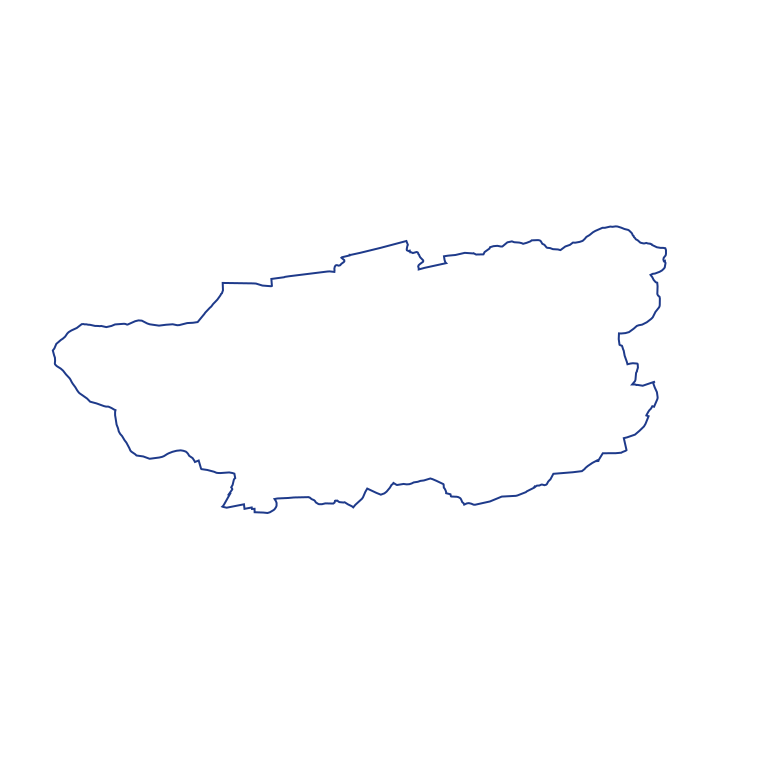 Jucu, Cluj, Romania (Robinson projection), rotated 343°
{"feature_id": "2599482B94337896165736", "entity_name": "Jucu", "entity_type": "district", "adm_level": 2, "iso_a3": "ROU", "parent_name": "Romania", "parent_adm1": "Cluj", "projection": "robinson", "projection_center": [23.807, 46.849], "detail": "fine", "context": "isolated", "style": "outline", "palette": "blue", "viewbox_px": 768, "rotation_deg": 343, "n_neighbors": 0, "source": "geoboundaries", "source_scale": "gbopen_adm2", "svg_char_len": 6127}
<svg xmlns="http://www.w3.org/2000/svg" viewBox="0 0 768 768"><g transform="rotate(343 384 384)"><path d="M692.7,336.4L690.7,335.4L688.1,334.6L684.9,333.0L680.9,329.3L680.8,328.6L679.6,327.9L679.5,327.6L677.5,326.8L676.1,325.8L674.2,325.7L673.2,325.4L670.5,323.8L668.6,320.7L667.1,319.2L666.8,318.0L666.0,316.6L666.0,315.4L665.4,314.7L665.2,312.8L665.0,312.0L663.3,308.9L662.5,308.0L659.3,306.1L656.6,303.9L653.4,301.7L651.7,301.0L648.5,300.5L646.4,299.6L640.8,299.2L638.5,298.5L630.8,299.4L628.2,300.0L624.0,301.7L620.6,302.5L618.3,304.0L615.8,305.2L612.7,305.3L608.3,304.8L606.0,304.0L602.5,305.3L597.6,305.5L592.3,307.4L591.8,307.5L589.7,306.2L584.9,304.4L582.6,302.6L580.0,301.5L579.4,301.0L578.1,297.8L576.4,296.2L575.7,293.3L575.2,292.5L574.2,291.8L573.3,291.4L567.2,289.8L565.7,290.4L561.6,290.7L558.0,290.6L556.9,289.6L554.7,288.3L550.0,286.5L548.0,285.0L543.4,284.6L537.4,287.1L536.0,286.7L532.8,285.0L529.0,284.2L525.4,284.2L524.5,285.3L518.8,287.2L517.0,289.1L509.9,287.1L507.8,285.1L507.4,285.2L499.6,282.2L490.0,281.5L482.8,280.0L478.7,279.4L478.2,282.8L478.2,284.8L478.3,285.6L478.8,286.6L456.9,284.8L450.7,284.6L451.0,283.7L451.1,281.5L451.4,281.1L451.9,280.5L453.4,279.8L457.1,278.5L457.5,277.9L457.6,277.2L455.7,273.5L455.4,272.2L455.3,270.6L454.9,270.0L454.9,268.7L454.6,267.9L453.7,267.3L449.9,267.2L448.4,265.9L447.6,265.7L447.6,264.0L446.5,264.2L445.0,262.8L445.1,261.8L446.7,258.8L447.5,257.9L447.2,253.8L420.6,252.8L399.5,251.6L389.9,250.8L388.9,250.4L388.7,251.0L380.8,250.5L380.2,250.8L382.2,253.9L382.0,255.0L381.3,255.6L378.4,256.6L376.8,257.6L375.3,257.6L373.8,256.6L373.0,256.4L372.2,256.6L371.2,257.5L370.2,259.3L370.0,260.6L369.3,262.3L364.9,260.4L362.8,259.9L324.7,253.2L320.7,252.6L319.7,252.7L307.0,250.6L305.5,257.4L304.6,257.5L296.5,254.3L290.9,250.5L287.9,249.4L259.3,240.2L257.4,247.3L255.5,249.9L254.6,250.2L253.5,251.4L249.3,254.6L243.9,257.6L241.5,259.4L239.7,260.2L233.9,263.5L232.8,264.4L223.9,270.3L219.3,269.6L213.6,268.2L205.3,267.8L203.4,267.3L199.4,265.1L192.8,263.6L185.9,262.4L177.4,258.4L175.3,256.9L170.9,252.6L167.8,251.4L164.4,251.2L156.2,252.2L155.4,251.9L154.3,251.0L153.0,250.4L144.2,248.4L140.3,248.8L135.1,248.4L130.5,245.8L129.1,245.6L127.8,245.0L124.7,244.0L120.1,241.4L118.4,240.8L116.8,239.9L115.3,239.5L114.1,238.8L112.4,238.4L106.6,240.6L100.7,241.4L97.6,242.2L95.9,243.1L92.9,245.5L90.0,246.8L87.9,247.4L82.4,249.8L79.1,253.7L77.1,255.1L76.9,260.1L77.0,262.6L76.3,265.5L75.2,268.2L75.2,269.1L76.2,271.1L79.4,274.8L81.0,277.4L82.7,281.9L85.0,286.6L85.4,287.9L85.9,290.8L86.4,292.7L87.9,296.9L88.7,300.3L89.5,302.6L90.1,303.8L95.8,311.1L97.8,315.0L103.4,318.5L109.8,323.3L111.5,324.3L113.9,325.1L116.4,327.3L118.4,329.5L119.6,330.5L118.7,332.0L117.7,335.3L117.3,338.4L116.4,344.6L116.7,348.7L116.5,351.8L117.1,354.6L118.3,357.2L119.5,362.1L120.5,364.7L121.7,370.8L122.0,373.5L122.6,374.8L125.5,378.4L126.4,380.0L132.6,382.9L137.9,386.9L138.7,387.1L147.6,388.6L150.6,388.8L152.6,388.6L156.2,387.6L157.9,387.3L161.9,387.0L166.2,387.2L170.2,388.0L172.6,389.2L174.7,390.7L175.6,392.1L176.2,393.5L176.7,395.7L179.3,398.9L180.2,402.0L180.4,403.3L184.4,403.0L184.3,411.3L184.5,412.0L189.8,414.5L195.8,418.2L197.8,419.9L199.1,420.5L201.4,421.3L210.1,423.3L213.0,424.8L214.7,426.0L214.2,430.5L213.2,430.9L212.4,431.7L209.7,436.3L207.7,438.1L208.2,439.6L208.1,440.4L203.5,444.0L204.5,444.2L196.1,452.2L194.6,453.5L193.6,454.0L194.2,454.5L197.4,456.3L214.9,458.1L214.1,462.6L221.4,463.4L221.2,464.9L223.7,465.5L222.8,468.8L231.1,471.7L234.9,473.3L237.4,473.3L241.5,472.3L242.7,471.8L244.6,470.3L245.6,469.1L246.5,466.4L246.4,464.5L245.7,462.0L248.6,462.3L259.1,465.0L264.8,466.2L279.0,470.2L279.3,470.7L280.0,471.1L281.0,472.8L283.1,474.6L283.7,475.5L284.2,477.3L286.1,479.5L286.8,480.0L289.5,480.8L293.0,481.0L300.5,483.5L302.1,482.9L303.0,481.4L304.0,481.4L304.6,481.9L305.3,481.9L306.2,483.3L307.0,484.0L310.6,485.5L311.8,485.6L314.4,488.6L317.6,491.6L318.5,493.0L321.2,491.2L329.4,487.3L330.8,486.2L334.6,481.7L337.4,479.1L344.9,485.9L348.6,488.9L352.4,488.7L355.0,487.7L359.3,484.9L361.7,482.7L363.2,482.2L364.1,481.4L366.5,484.1L367.0,484.4L373.5,485.3L376.3,486.6L378.9,487.2L381.4,487.2L383.6,486.8L387.8,487.4L390.5,487.3L394.0,487.9L400.7,487.9L402.6,489.2L405.8,491.9L411.5,497.1L411.6,497.7L410.9,500.6L411.4,501.7L411.8,503.9L411.8,505.6L411.5,506.6L415.3,508.9L415.2,511.0L415.5,511.3L420.6,513.1L422.0,513.9L423.2,515.1L423.7,515.8L424.0,517.0L424.3,519.9L425.3,521.4L425.4,522.8L428.3,522.4L430.3,522.7L432.5,524.0L434.4,525.6L435.8,526.1L451.0,527.3L463.7,526.1L477.4,529.5L479.0,529.6L488.1,528.9L489.2,528.4L497.5,527.0L498.0,526.8L497.8,526.5L498.2,526.4L498.4,526.0L499.1,526.3L500.5,525.9L502.9,526.5L505.1,526.2L506.0,526.5L507.9,527.7L509.7,527.7L510.4,527.4L512.4,525.4L514.4,524.2L515.1,524.0L519.7,519.4L538.8,523.6L547.8,525.2L550.9,524.0L552.3,523.1L554.9,522.0L560.1,520.4L565.3,519.4L565.2,520.0L566.5,520.3L567.0,519.5L573.0,514.2L585.3,517.9L590.9,519.1L591.9,518.8L595.6,518.5L596.6,518.1L597.5,505.9L600.8,506.1L609.2,505.8L614.5,503.5L620.2,500.6L622.4,498.6L627.6,492.2L625.7,490.8L626.0,490.4L628.7,487.8L630.2,486.6L632.1,485.6L634.1,483.7L635.6,484.7L640.8,478.6L641.4,477.7L641.8,476.7L642.6,471.6L641.9,466.4L641.7,462.2L642.8,461.1L643.8,460.9L630.9,461.3L626.2,459.0L624.9,458.7L624.6,458.2L624.1,457.9L621.2,457.0L624.9,454.6L625.7,453.5L628.3,447.1L629.7,445.7L629.7,445.4L631.6,442.6L632.4,439.3L632.3,438.7L631.9,438.4L628.1,436.9L625.7,436.5L622.6,436.3L622.7,433.7L622.4,427.3L623.0,422.1L622.8,420.8L622.8,417.9L622.7,417.0L621.1,415.8L620.7,415.3L621.6,409.7L623.5,404.3L625.4,405.0L629.7,405.9L633.5,406.0L639.0,404.1L642.7,402.4L644.7,402.3L648.2,402.7L653.4,401.8L658.7,399.8L660.5,398.8L664.7,394.4L669.5,391.1L670.4,390.0L670.9,388.8L672.8,382.9L673.0,381.2L671.9,379.4L671.7,377.8L674.2,370.5L674.9,367.0L673.6,366.1L672.3,363.3L671.8,360.3L670.8,357.6L673.1,357.2L675.4,357.6L680.3,357.3L683.0,356.7L685.2,355.6L686.5,354.7L688.6,350.6L688.4,349.3L688.6,348.5L687.7,348.7L687.5,348.2L687.6,346.5L688.5,345.0L690.9,343.4L691.7,342.0L692.8,338.4L692.7,336.4Z" fill="none" stroke="#1e3a8a" stroke-width="2"/></g></svg>